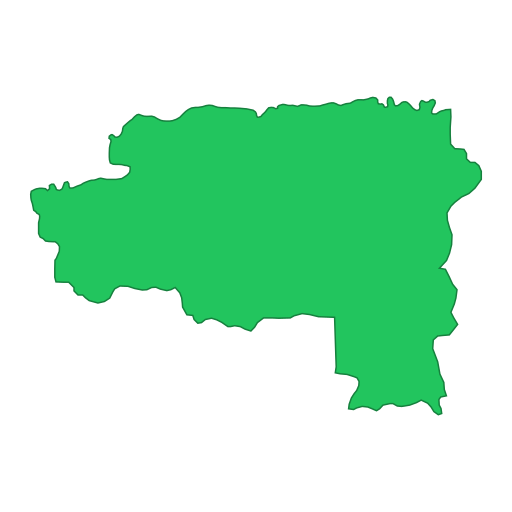 the district of Stolin, Brest, Belarus
{"feature_id": "67162791B20391469538668", "entity_name": "Stolin", "entity_type": "district", "adm_level": 2, "iso_a3": "BLR", "parent_name": "Belarus", "parent_adm1": "Brest", "projection": "mercator", "projection_center": [26.983, 51.876], "detail": "fine", "context": "isolated", "style": "filled", "palette": "green", "viewbox_px": 512, "rotation_deg": 0, "n_neighbors": 0, "source": "geoboundaries", "source_scale": "gbopen_adm2", "svg_char_len": 4796}
<svg xmlns="http://www.w3.org/2000/svg" viewBox="0 0 512 512"><path d="M450.2,279.0L449.3,277.0L445.4,269.3L439.4,268.2L446.5,260.5L449.5,253.2L451.6,244.7L452.0,234.8L449.5,227.7L447.4,220.3L447.0,212.9L450.9,206.2L454.8,202.3L461.5,197.0L468.9,193.5L474.9,188.2L481.3,179.4L481.3,171.3L478.8,165.6L474.9,162.4L470.3,162.4L466.5,158.9L466.5,153.6L464.0,149.4L460.5,149.0L454.8,148.7L450.6,144.1L450.2,134.2L450.2,127.5L450.9,116.9L450.6,109.4L447.6,109.6L445.8,109.7L443.9,110.4L441.3,111.0L439.7,111.7L436.4,113.9L434.6,114.0L432.6,113.9L431.6,113.0L431.8,110.5L432.8,107.9L434.1,105.8L435.3,102.9L434.9,100.7L432.9,99.5L430.2,100.3L429.1,101.6L426.8,102.3L425.3,102.2L423.4,101.1L421.9,100.6L420.7,101.5L419.5,104.2L419.7,105.8L420.0,107.2L419.3,109.7L416.9,110.5L415.0,109.8L412.6,108.0L410.8,105.8L409.3,104.2L407.2,102.4L405.7,101.8L403.4,101.9L401.8,102.5L399.9,104.2L397.8,105.6L395.5,105.9L394.4,104.8L393.5,101.3L392.6,99.1L391.1,97.3L389.3,97.3L387.9,98.6L387.4,100.7L387.4,103.4L387.9,104.9L387.6,106.7L385.6,107.3L384.4,107.1L383.4,104.9L381.9,103.8L380.7,104.1L378.4,103.8L377.7,102.2L377.7,100.0L375.9,98.0L372.8,97.4L370.3,98.0L368.5,98.8L366.5,99.3L363.4,99.9L361.4,99.8L358.0,99.8L355.4,100.5L352.7,101.8L350.3,103.2L346.2,103.7L343.2,104.6L341.0,105.5L338.4,105.0L336.1,103.8L333.6,102.9L331.3,102.9L328.6,103.4L325.6,104.3L322.7,105.0L320.0,105.9L315.2,106.2L312.5,106.2L309.6,106.0L306.6,105.2L303.2,104.9L301.1,104.9L299.8,105.5L297.5,106.4L295.4,105.9L292.7,105.3L290.3,105.5L288.0,105.4L284.8,104.6L282.8,104.4L279.0,105.5L277.6,106.7L277.6,108.3L275.6,108.7L273.5,107.6L271.3,107.4L268.7,107.8L266.9,109.8L265.5,111.7L263.7,113.5L262.4,114.6L261.1,116.4L258.8,117.2L257.4,117.2L256.6,115.6L256.3,113.5L255.4,111.9L253.1,110.2L246.7,108.9L240.0,108.3L234.4,108.0L230.3,108.0L225.9,107.7L221.7,107.7L217.8,107.3L215.4,106.6L212.3,105.5L209.1,105.2L206.2,105.6L202.6,106.7L198.2,107.4L195.5,107.4L191.5,108.0L188.3,109.6L185.7,111.5L182.9,114.2L179.9,117.3L176.2,119.4L172.4,120.7L169.5,121.1L168.3,121.1L166.5,121.1L163.3,120.9L160.9,120.4L158.3,119.2L156.6,118.3L154.5,117.0L151.7,116.2L146.9,116.4L144.1,116.2L141.8,115.5L138.8,114.4L137.0,114.8L134.5,116.8L131.9,119.6L130.4,120.5L128.4,122.2L126.0,124.3L123.5,126.5L122.8,128.4L122.4,131.4L121.1,134.2L119.4,136.2L117.0,137.3L114.9,137.0L114.0,135.9L112.3,134.7L111.2,134.7L109.3,136.2L109.0,138.3L110.8,139.6L111.0,141.6L110.1,144.6L109.5,147.8L109.3,153.2L109.3,157.0L109.5,159.9L110.3,162.9L113.1,164.2L115.9,164.4L119.0,164.4L121.8,164.6L125.0,165.4L126.7,165.5L128.4,166.1L130.1,166.8L130.2,169.3L129.7,172.3L127.4,174.9L125.0,176.6L121.8,178.6L116.1,179.4L112.1,179.4L106.7,179.4L104.5,179.0L100.7,178.2L98.7,178.6L96.4,179.5L94.2,180.1L91.2,180.3L88.8,181.0L85.4,182.3L83.2,183.3L81.0,184.8L77.2,186.1L73.1,187.9L70.9,188.1L69.7,187.9L69.0,186.3L68.8,183.8L67.5,181.8L65.8,182.2L64.5,182.7L63.6,185.1L62.7,187.6L61.9,189.1L59.5,190.4L57.4,190.0L56.3,189.4L55.7,187.4L53.7,184.2L51.6,184.2L49.4,185.5L49.6,188.7L47.5,190.6L45.5,188.7L42.1,188.3L39.5,188.3L36.3,188.9L34.5,189.6L31.3,191.3L30.7,194.3L30.9,197.8L31.3,200.3L32.4,203.6L33.1,207.0L33.7,210.2L35.8,211.7L36.9,213.2L39.3,214.5L39.7,216.5L39.5,218.9L38.6,222.7L38.6,225.9L38.6,230.0L38.6,233.5L40.2,237.1L43.2,238.6L45.5,241.0L48.8,241.5L52.9,241.7L55.2,241.7L57.8,243.8L59.5,246.6L59.3,251.3L56.3,258.5L55.0,260.2L54.8,268.6L54.8,272.9L54.8,277.3L56.0,281.9L63.8,282.2L68.7,282.2L70.3,283.8L74.0,287.5L74.0,290.9L78.0,295.0L82.7,295.0L85.5,297.8L89.2,300.6L97.9,303.0L104.4,301.5L109.7,298.1L112.8,291.9L114.7,288.8L119.9,286.0L128.0,286.3L134.8,288.5L142.3,290.0L146.9,289.7L151.6,287.5L155.9,287.2L160.3,289.1L166.8,290.6L170.8,289.7L175.2,287.5L179.8,292.8L181.7,297.8L182.3,303.0L182.6,307.1L186.9,314.8L192.8,315.4L194.1,319.5L197.8,323.2L201.5,322.6L205.3,319.5L211.5,318.2L216.7,319.8L221.7,322.3L227.9,326.6L230.4,326.6L234.7,325.7L240.3,326.6L245.0,329.1L250.9,331.0L254.6,327.2L257.4,322.6L263.6,317.9L272.0,317.9L278.8,318.2L290.3,317.9L294.0,315.8L302.1,313.6L309.5,314.5L318.5,316.7L334.6,317.3L336.2,366.9L335.3,372.8L340.2,373.8L347.0,374.4L353.9,376.6L357.0,377.8L359.1,381.5L358.8,385.6L356.7,390.5L354.2,393.6L351.4,398.0L349.2,404.2L348.6,408.8L353.6,409.5L356.7,407.9L362.2,406.4L367.8,407.0L372.2,408.8L376.5,410.7L379.6,408.8L383.0,405.1L389.9,403.6L393.0,403.6L397.3,406.0L401.6,406.4L404.4,406.0L409.7,405.1L416.5,402.6L421.2,400.1L427.7,403.2L431.1,407.0L433.9,411.6L438.3,414.7L441.7,413.5L441.0,408.5L439.2,405.1L438.9,399.5L440.7,397.0L446.4,395.8L444.3,389.5L443.8,382.4L439.9,374.1L437.7,361.9L432.7,348.7L433.3,339.9L437.7,336.0L442.1,335.5L449.3,334.9L453.7,329.4L457.6,324.4L453.7,317.8L450.9,312.3L454.3,304.0L455.9,298.0L457.0,289.7L452.6,284.2L450.2,279.0Z" fill="#22c55e" stroke="#15803d" stroke-width="1.5"/></svg>